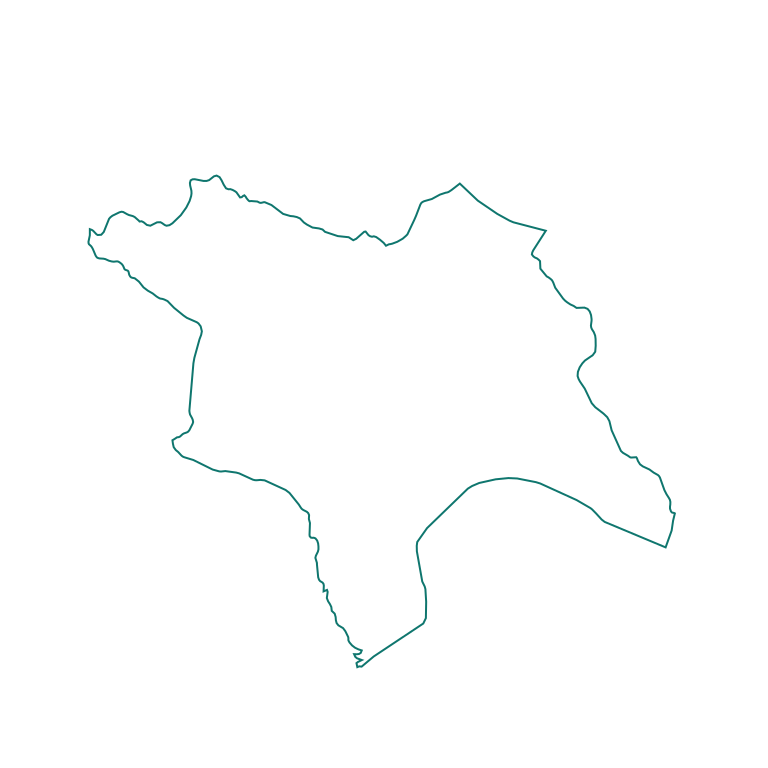 an SVG outline of Cochabamba, rotated 154°
{"feature_id": "BOL-1291", "entity_name": "Cochabamba", "entity_type": "Department", "adm_level": 1, "iso_a3": "BOL", "parent_name": "Bolivia", "parent_adm1": "", "projection": "natural_earth1", "projection_center": [-65.4, -17.184], "detail": "fine", "context": "isolated", "style": "outline", "palette": "teal", "viewbox_px": 768, "rotation_deg": 154, "n_neighbors": 0, "source": "natural_earth", "source_scale": "10m", "svg_char_len": 4882}
<svg xmlns="http://www.w3.org/2000/svg" viewBox="0 0 768 768"><g transform="rotate(154 384 384)"><path d="M171.4,450.8L191.3,438.7L193.1,437.2L194.3,435.6L193.8,433.2L192.9,431.5L191.5,429.9L190.5,427.9L189.9,426.0L192.9,419.1L190.6,409.4L189.4,407.7L188.2,405.4L187.5,403.5L187.4,401.1L187.9,395.5L185.6,382.3L184.7,379.5L183.6,377.2L181.6,373.8L179.3,371.0L177.6,368.0L170.4,364.8L168.1,362.3L167.3,359.0L167.7,355.2L169.0,351.3L169.7,349.9L172.4,345.8L173.0,343.9L173.1,342.2L172.7,338.6L173.0,334.9L174.1,331.7L177.0,325.5L180.0,320.4L183.8,318.4L193.1,317.0L196.7,315.6L200.8,313.2L204.4,309.9L206.5,306.3L206.9,303.3L206.8,300.3L205.6,291.9L205.6,289.5L205.7,275.7L204.3,270.5L199.7,261.2L197.9,256.3L197.7,251.8L199.7,242.6L200.4,220.0L199.4,217.4L196.2,212.6L194.9,210.2L194.2,209.6L189.4,207.6L189.2,206.4L189.5,203.5L189.1,199.6L187.5,196.5L182.9,190.8L180.5,186.2L177.7,182.1L177.2,180.8L177.0,179.0L178.5,165.6L178.4,161.0L177.9,156.7L177.8,154.6L178.3,152.5L179.5,150.2L180.7,148.4L181.6,146.5L181.9,143.7L181.6,142.4L181.0,141.8L180.4,141.4L179.7,140.8L179.3,140.2L184.1,134.4L189.7,126.2L202.5,113.7L246.1,163.3L247.8,166.8L250.1,174.6L251.9,180.0L252.8,181.9L261.8,195.3L287.2,226.1L290.5,229.2L305.7,240.7L313.4,244.9L325.5,249.4L341.8,253.3L349.5,253.7L354.5,253.2L408.5,235.6L423.4,227.4L425.5,224.2L427.8,219.2L436.2,189.7L436.2,184.1L436.7,181.5L441.6,169.7L449.0,155.2L453.7,151.5L512.7,143.6L528.0,139.8L530.1,141.1L532.1,141.2L531.1,145.2L529.3,145.6L524.9,145.6L528.5,149.3L529.4,151.4L529.3,154.3L527.1,153.1L524.9,152.3L522.8,152.5L520.8,154.3L523.3,156.7L525.6,159.6L527.3,163.0L528.3,166.8L528.4,169.0L527.9,170.3L527.4,171.2L527.1,172.4L527.1,178.7L527.8,182.5L530.8,187.1L531.4,189.9L530.8,192.8L529.6,195.8L529.0,199.2L530.4,203.0L529.1,206.7L529.1,209.9L529.5,213.1L529.2,216.7L525.8,221.8L525.5,223.9L529.2,224.1L526.4,229.3L526.0,231.0L526.3,232.5L527.8,234.8L528.2,236.6L527.9,239.1L523.1,251.9L522.8,252.3L522.7,252.7L521.9,257.8L520.5,259.5L516.9,262.3L515.4,264.1L514.1,266.8L513.1,269.6L512.7,272.6L513.3,275.3L514.5,276.6L515.9,277.2L517.0,277.9L517.5,279.7L517.1,281.0L511.5,291.5L510.7,295.6L508.8,299.0L508.7,301.2L509.4,303.0L511.8,306.2L512.7,307.9L513.0,309.5L513.4,313.0L516.7,327.5L518.9,331.9L533.5,349.7L537.2,352.0L540.6,353.3L542.1,354.1L543.7,355.4L553.4,367.2L555.7,369.2L564.8,375.3L568.9,376.8L570.4,377.7L575.5,382.2L588.7,399.3L595.7,405.8L596.7,407.0L597.4,408.4L598.8,413.1L600.1,415.9L600.7,419.4L599.9,422.8L598.8,426.2L596.3,426.4L593.4,426.8L591.7,426.2L590.3,426.2L587.0,427.2L585.5,427.3L582.4,426.9L581.0,427.0L579.2,427.8L573.4,432.2L572.2,433.5L571.6,435.7L571.5,437.4L571.7,441.6L571.3,443.4L570.7,445.2L546.2,486.2L543.0,490.6L530.2,505.1L526.8,508.3L524.6,511.2L523.5,516.2L524.2,519.8L525.2,521.6L532.2,529.9L534.2,533.5L539.3,544.5L542.2,553.4L544.4,556.2L545.7,557.5L547.8,559.0L548.8,560.3L550.1,562.4L552.2,566.8L555.4,571.5L557.8,576.3L559.4,583.5L561.7,588.3L563.8,589.9L564.6,590.8L565.0,591.9L565.1,593.9L564.8,595.2L564.5,596.4L564.4,597.4L564.7,598.3L566.5,600.1L566.9,601.2L566.7,604.0L566.8,605.4L567.2,607.0L568.3,609.2L569.1,610.4L569.9,611.1L570.5,611.4L573.3,612.4L575.0,613.5L577.2,615.4L579.7,618.4L581.2,619.6L584.7,621.6L585.4,622.2L586.0,622.8L586.5,623.5L586.7,624.4L586.9,625.7L586.5,632.9L586.6,634.8L586.8,636.2L587.9,639.0L587.8,640.1L587.2,641.5L583.2,646.6L580.5,652.1L579.0,650.5L578.2,649.1L576.8,644.6L576.0,643.4L572.7,642.1L569.2,643.5L558.7,653.0L556.8,653.8L554.3,654.3L546.5,654.3L544.4,653.9L543.0,652.9L540.5,649.3L539.2,647.7L536.2,645.1L534.9,643.4L532.7,638.1L532.5,637.2L530.5,636.5L529.2,634.8L527.4,630.9L524.6,628.7L517.1,628.8L514.0,627.4L513.0,626.0L511.3,622.9L510.1,621.6L507.2,620.8L503.7,621.2L492.6,624.8L484.3,629.3L478.5,633.7L475.0,637.4L473.5,639.6L472.4,642.1L471.2,647.4L470.3,649.8L468.5,651.8L466.4,651.9L464.3,651.0L457.3,645.7L454.5,644.3L451.8,643.9L445.8,645.2L443.1,644.7L441.1,642.0L440.7,638.3L440.7,633.4L440.2,629.1L438.4,627.2L436.7,626.5L435.0,624.8L433.5,622.7L432.6,621.0L431.6,614.8L430.0,614.3L428.2,614.8L426.8,614.8L426.2,612.9L426.1,611.3L425.7,609.5L425.2,607.9L424.7,607.2L423.2,606.7L417.8,603.5L416.4,601.6L415.7,601.0L414.7,600.6L412.4,600.1L411.5,599.7L406.7,594.2L400.1,581.1L394.5,576.0L392.0,574.5L389.2,572.3L386.9,569.6L385.2,564.3L383.4,561.1L379.7,556.0L374.2,552.3L371.5,549.8L370.3,546.6L360.7,537.2L351.4,531.4L348.6,526.7L345.3,526.7L335.1,529.5L333.7,529.1L332.7,524.6L331.7,522.9L330.2,521.6L328.4,521.2L326.6,519.5L324.4,515.5L322.4,510.9L321.6,507.4L318.4,507.4L316.8,506.9L315.0,506.5L309.7,506.0L303.5,506.4L299.4,507.5L297.4,508.2L284.9,518.2L281.5,521.1L272.6,529.4L271.0,530.4L269.6,530.7L267.8,530.7L259.9,529.3L250.7,529.7L244.7,528.9L243.4,528.5L241.9,528.3L238.5,528.7L228.0,530.9L219.3,507.7L207.6,487.2L199.5,475.7L196.8,472.6L171.4,450.8Z" fill="none" stroke="#0f766e" stroke-width="2"/></g></svg>